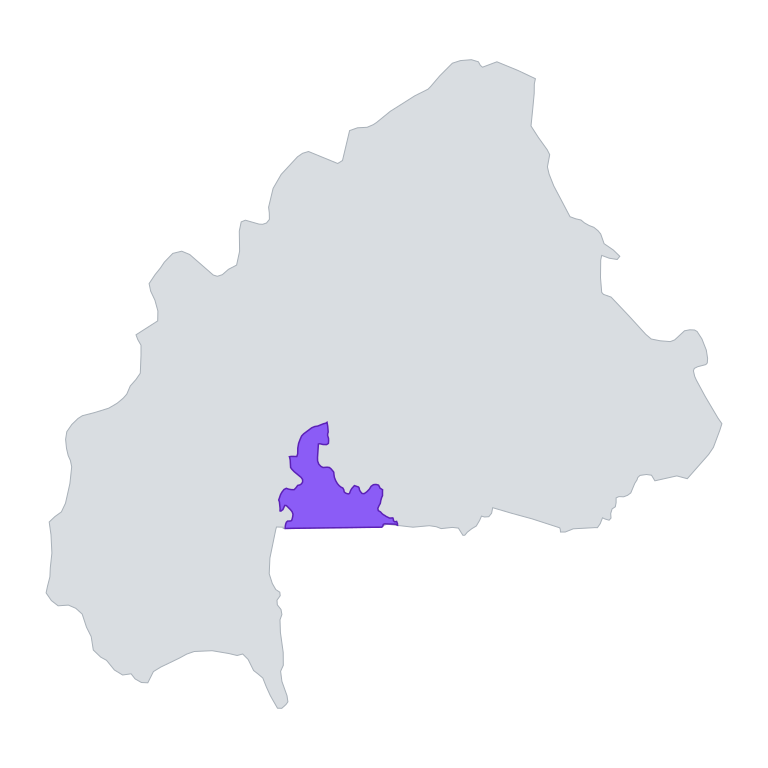 Sissili highlighted on a map of Burkina Faso
{"feature_id": "BFA-2820", "entity_name": "Sissili", "entity_type": "Province", "adm_level": 1, "iso_a3": "BFA", "parent_name": "Burkina Faso", "parent_adm1": "", "projection": "equal_earth", "projection_center": [-2.182, 11.448], "detail": "fine", "context": "in_parent", "style": "filled", "palette": "violet", "viewbox_px": 768, "rotation_deg": 0, "n_neighbors": 0, "source": "natural_earth", "source_scale": "10m", "svg_char_len": 4938}
<svg xmlns="http://www.w3.org/2000/svg" viewBox="0 0 768 768"><path d="M595.3,527.6L573.3,528.8L565.3,532.0L560.5,532.0L560.3,529.4L559.7,527.8L531.9,518.8L512.4,513.5L492.7,507.7L491.6,513.2L488.8,516.7L484.5,517.0L481.5,516.1L479.6,520.4L476.3,526.0L471.8,528.7L467.3,532.2L464.8,535.2L462.9,535.3L458.4,528.1L452.4,527.4L441.2,528.6L436.2,526.7L429.3,525.7L413.0,527.2L387.0,524.2L382.8,525.8L381.6,527.1L355.9,527.5L327.6,527.8L303.9,528.1L283.2,528.4L283.2,527.2L276.5,527.0L275.8,529.4L269.9,558.1L269.2,573.8L272.3,583.5L275.8,589.6L279.8,592.2L280.2,595.7L277.0,600.2L277.3,604.8L281.0,609.5L281.9,614.5L280.0,619.8L280.4,632.4L283.2,652.4L283.3,665.3L280.6,671.3L281.9,681.4L287.0,695.7L287.9,701.8L286.0,704.5L281.8,708.3L277.5,708.2L272.5,699.5L270.3,695.6L266.3,686.8L262.8,678.0L258.2,674.1L253.6,670.5L248.1,659.4L242.7,654.0L237.1,655.5L228.8,653.5L212.1,650.7L194.2,651.5L186.7,654.1L179.4,658.1L160.7,667.1L153.4,671.6L147.8,682.8L141.4,682.5L135.1,678.9L131.1,673.8L122.6,675.0L114.4,670.0L106.5,660.3L100.7,657.1L93.3,650.0L91.2,636.6L86.5,627.2L82.2,614.1L75.8,608.3L68.4,605.1L58.1,605.8L51.4,600.6L46.1,592.9L47.5,586.3L49.9,576.9L50.3,567.8L51.9,553.1L51.0,534.8L49.2,522.0L54.9,516.6L61.4,511.9L65.5,503.2L69.9,483.6L71.7,466.8L70.4,460.5L68.2,455.6L66.5,448.3L65.6,439.4L66.8,431.7L71.8,424.5L78.0,418.5L82.4,415.7L94.1,412.7L108.7,408.2L117.2,403.2L123.3,398.1L126.8,394.1L130.3,385.9L135.9,379.6L140.3,373.2L141.0,355.3L141.0,345.2L137.8,339.6L136.0,334.8L157.7,320.9L157.9,311.0L154.9,300.1L150.7,291.2L149.1,283.6L155.1,274.6L160.5,267.9L164.3,262.2L172.8,253.4L181.7,251.2L189.7,254.5L213.2,275.0L217.3,276.3L222.3,274.7L228.5,269.3L236.6,265.1L239.6,251.3L239.3,231.1L241.2,221.9L245.4,220.2L259.0,224.1L262.6,224.3L266.5,223.0L269.4,219.4L269.3,212.9L268.6,207.2L273.1,188.4L281.2,174.4L297.5,156.8L302.6,153.3L308.5,151.5L337.7,163.5L342.5,160.5L349.6,130.6L357.5,127.8L367.1,127.3L373.2,124.7L376.4,122.6L390.3,111.3L414.8,95.8L428.0,89.2L430.5,86.7L439.9,75.7L452.4,63.2L460.4,60.6L471.4,59.7L478.4,61.8L480.3,65.3L482.5,67.2L496.9,61.8L517.6,70.3L535.4,78.7L534.3,84.0L534.2,93.4L532.8,108.2L531.0,126.0L538.4,137.5L547.3,149.9L549.7,154.7L547.4,166.9L549.1,174.1L553.8,186.0L561.8,201.1L570.0,216.7L575.7,218.8L581.0,220.0L584.3,222.8L589.1,225.5L593.8,227.3L598.0,230.7L600.7,234.0L604.1,243.7L613.3,250.0L619.8,256.3L617.2,259.5L609.2,258.2L601.7,255.4L600.7,260.1L600.5,277.7L601.7,292.4L603.5,294.4L611.1,297.1L629.2,316.2L645.7,334.3L651.2,339.0L660.2,340.8L670.3,341.6L674.7,339.9L684.5,330.8L689.7,329.8L694.5,330.0L697.1,331.5L701.9,338.9L706.3,350.1L707.6,358.4L707.3,362.9L705.8,364.6L697.7,366.7L694.3,368.4L693.4,370.8L694.7,376.4L696.3,380.0L705.1,396.3L718.0,418.1L721.9,423.7L719.8,430.3L713.4,447.4L708.6,454.5L687.3,478.7L676.8,475.9L654.9,480.8L651.5,475.2L646.4,474.5L640.0,475.4L637.7,477.6L637.0,479.9L634.8,483.3L630.8,492.9L627.6,495.3L623.7,496.8L618.9,496.6L616.1,497.9L616.1,502.7L615.3,506.8L612.1,508.9L610.7,513.5L611.0,518.1L609.1,520.2L605.0,519.0L602.5,517.8L600.2,523.7L597.4,527.7L595.3,527.6Z" fill="#d9dde1" stroke="#a8b0b8" stroke-width="1"/><path d="M397.5,525.2L396.7,524.8L395.6,524.2L384.8,523.8L383.3,524.4L382.7,526.4L381.7,527.2L368.5,527.3L349.8,527.6L330.5,527.8L309.9,528.1L293.2,528.3L285.2,528.5L285.2,528.4L285.2,527.2L285.3,526.0L285.7,524.0L286.4,522.2L287.6,521.1L290.5,521.0L291.6,520.5L292.2,518.8L292.7,516.6L293.0,514.2L292.1,511.7L290.4,509.6L286.4,505.6L284.8,505.4L282.9,509.6L281.9,510.3L280.9,511.1L280.0,510.9L280.1,508.6L279.4,501.8L278.7,500.0L279.1,498.9L280.6,494.5L281.9,492.2L284.0,489.5L286.3,488.3L288.5,489.1L291.1,489.6L294.1,489.7L296.1,487.6L297.7,485.4L299.9,484.9L301.4,483.9L302.6,482.1L302.6,479.6L301.1,477.4L294.2,471.7L291.8,469.2L290.6,467.5L290.2,460.0L289.7,457.6L289.4,456.7L291.2,456.4L296.8,456.5L297.7,453.8L297.8,448.1L298.6,443.4L300.1,439.4L301.6,436.0L303.7,433.8L311.7,427.8L314.8,426.5L317.6,426.1L323.6,423.7L325.8,423.2L327.0,422.3L327.7,426.1L328.2,432.1L327.7,433.6L327.6,435.5L328.5,438.3L328.6,440.9L328.4,443.4L326.6,444.6L323.0,444.5L319.8,443.7L318.4,444.0L317.5,457.5L317.6,461.0L318.8,464.2L320.9,466.4L323.0,467.5L327.2,467.2L329.4,467.5L331.1,468.9L332.7,470.8L333.7,472.1L333.8,472.7L333.9,474.2L334.4,477.4L335.7,480.7L337.4,483.6L339.1,485.6L340.8,487.0L342.8,488.0L343.8,489.8L344.2,491.9L345.6,493.1L347.3,493.7L348.7,493.9L349.6,493.2L350.6,490.5L351.8,488.5L354.4,485.6L358.5,487.0L359.2,488.1L359.5,490.0L360.4,491.5L361.9,493.4L364.0,493.7L365.6,492.7L367.0,491.6L369.4,489.1L371.1,486.3L373.4,484.7L374.9,484.5L376.3,484.5L378.5,485.1L379.4,486.7L379.9,488.0L382.6,489.8L382.5,490.9L382.5,495.7L381.7,497.4L380.8,500.5L380.3,503.4L379.1,505.5L377.8,508.4L378.3,510.6L380.5,511.9L382.1,513.7L383.5,514.8L384.7,515.4L385.9,516.3L389.6,518.1L392.8,517.9L393.3,519.1L393.5,520.8L394.9,521.8L396.6,521.4L397.5,523.7L397.5,525.2Z" fill="#8b5cf6" stroke="#5b21b6" stroke-width="1.5"/></svg>